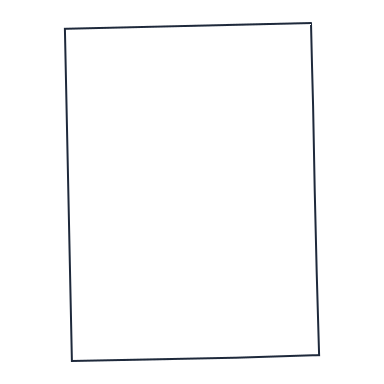 Grundy, Illinois, United States of America (Mercator projection)
{"feature_id": "52423323B76821176923110", "entity_name": "Grundy", "entity_type": "district", "adm_level": 2, "iso_a3": "USA", "parent_name": "United States of America", "parent_adm1": "Illinois", "projection": "mercator", "projection_center": [-88.344, 41.286], "detail": "fine", "context": "isolated", "style": "outline", "palette": "slate", "viewbox_px": 384, "rotation_deg": 0, "n_neighbors": 0, "source": "geoboundaries", "source_scale": "gbopen_adm2", "svg_char_len": 263}
<svg xmlns="http://www.w3.org/2000/svg" viewBox="0 0 384 384"><path d="M64.9,28.8L71.9,361.0L236.7,357.7L311.5,355.3L319.1,355.2L316.7,272.3L314.7,189.5L313.1,106.4L312.0,65.0L311.0,23.3L310.9,23.0L64.9,28.8Z" fill="none" stroke="#1e293b" stroke-width="2"/></svg>